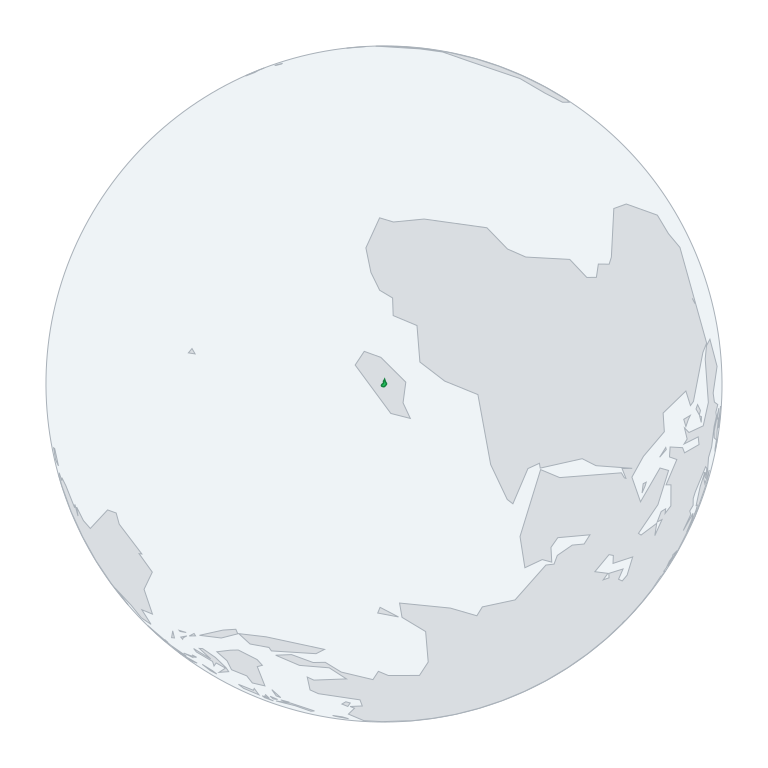 Itasy highlighted on a globe, orthographic projection, rotated 125°
{"feature_id": "MDG-5875", "entity_name": "Itasy", "entity_type": "Autonomous Province", "adm_level": 1, "iso_a3": "MDG", "parent_name": "Madagascar", "parent_adm1": "", "projection": "orthographic", "projection_center": [46.916, -19.074], "detail": "fine", "context": "on_globe", "style": "filled", "palette": "green", "viewbox_px": 768, "rotation_deg": 125, "n_neighbors": 0, "source": "natural_earth", "source_scale": "10m", "svg_char_len": 6356}
<svg xmlns="http://www.w3.org/2000/svg" viewBox="0 0 768 768"><g transform="rotate(125 384 384)"><circle cx="384" cy="384" r="338" fill="#eef3f6" stroke="#a8b0b8"/><path d="M46.3,397.4L47.0,394.0L50.8,399.4L53.4,418.8L55.8,447.9L70.8,499.5L78.4,526.4L89.0,547.0L110.0,581.4L112.0,584.6L97.9,563.8L85.3,542.0L74.4,519.3L65.1,495.9L57.7,471.9L52.1,447.4L48.3,422.5L46.3,397.4ZM118.2,592.6L121.5,596.7L130.4,607.3L118.2,592.6ZM193.9,663.4L197.0,665.4L198.8,666.7L200.1,667.5L193.9,663.4ZM206.3,671.4L207.8,672.3L206.3,671.4ZM209.1,673.1L199.0,666.7L202.9,668.5L211.1,674.0L210.4,673.9L209.1,673.1ZM185.6,656.4L179.5,651.0L180.7,651.5L185.2,655.4L185.6,656.4ZM354.6,47.4L370.8,46.9L363.6,47.8L352.2,48.3L358.4,49.4L360.0,48.5L365.5,48.6L372.7,47.3L376.9,47.4L376.5,46.4L382.5,46.5L382.7,47.0L398.4,46.6L412.2,47.5L413.7,47.5L411.4,47.2L430.4,49.4L430.7,49.4L424.6,48.5L423.8,48.4L438.3,50.5L440.0,50.8L440.0,51.1L442.8,51.6L444.3,51.5L441.2,51.0L465.1,55.9L488.5,62.6L511.4,71.0L533.7,81.0L555.1,92.6L575.7,105.7L595.3,120.3L613.8,136.2L631.0,153.4L631.8,154.5L639.1,162.7L642.6,166.5L644.4,168.7L647.9,173.6L661.7,191.9L671.3,207.4L674.8,223.8L666.5,222.2L667.6,226.8L660.2,217.1L656.5,222.5L675.3,260.1L677.0,269.1L668.1,278.8L666.8,271.6L647.1,245.6L647.9,266.1L663.0,291.9L668.3,317.2L658.7,304.5L652.8,282.3L645.7,272.5L644.5,253.8L632.5,223.5L622.6,223.8L620.3,213.2L602.4,187.8L586.4,188.3L562.9,207.9L564.8,235.4L554.5,245.6L529.5,201.1L520.6,175.0L510.2,175.6L485.7,152.8L439.4,147.5L434.0,141.4L425.0,143.7L408.0,137.4L400.3,128.3L389.4,128.8L410.2,153.5L422.1,153.5L433.7,144.4L437.1,153.7L453.7,163.2L430.9,185.1L364.3,206.6L359.9,186.4L320.6,138.6L323.0,133.3L322.9,132.7L322.5,131.7L316.7,140.5L310.7,132.3L329.3,163.5L331.5,178.8L363.3,207.8L359.8,211.2L370.7,217.6L408.2,209.7L407.9,216.8L388.8,250.4L338.8,301.0L346.8,335.9L345.4,367.2L317.2,390.5L322.7,415.7L308.6,426.3L309.7,441.3L300.1,458.7L282.9,476.9L250.4,482.9L245.9,469.2L225.9,445.8L197.0,389.3L202.6,360.3L198.7,340.7L175.4,303.3L180.4,279.0L174.8,271.2L162.8,277.2L156.7,268.3L149.7,270.5L108.4,296.4L97.6,288.8L88.9,256.9L97.7,237.2L102.4,219.9L165.4,143.2L175.2,140.9L220.8,120.5L225.9,120.6L216.6,132.7L247.7,138.7L262.3,127.0L294.4,130.0L318.1,127.5L333.4,106.3L294.5,109.7L291.6,101.3L325.8,90.4L360.4,89.9L360.3,86.8L341.7,80.7L352.9,75.2L335.6,78.5L340.2,81.1L329.5,83.8L324.7,81.7L328.8,79.5L319.3,79.1L302.0,91.1L304.8,95.1L277.9,100.8L280.0,108.3L271.5,113.5L264.9,102.9L268.0,98.3L252.9,91.2L247.1,96.3L261.0,103.8L255.2,104.1L247.6,112.7L248.8,106.4L235.2,98.5L213.1,107.7L179.3,135.2L167.6,141.8L160.4,142.7L178.5,121.3L202.6,109.2L209.3,103.0L209.4,98.8L216.7,96.0L219.7,93.2L229.3,89.3L247.7,79.5L258.1,76.0L270.1,68.8L277.1,66.5L268.0,71.1L267.3,73.1L294.0,67.1L300.5,65.0L306.1,61.2L312.7,60.7L314.8,57.9L332.4,54.8L312.6,56.7L318.7,54.0L331.8,51.1L330.3,50.9L308.8,55.9L303.5,57.8L304.5,58.6L286.8,66.1L276.7,69.2L281.7,63.9L267.9,68.2L277.9,63.5L313.9,53.4L354.6,47.4ZM139.8,175.3L137.1,180.4L137.1,180.5L139.8,175.3ZM394.7,101.8L416.8,103.6L410.7,92.0L418.7,92.1L413.7,88.5L410.2,91.2L398.4,82.1L409.4,79.9L408.7,75.9L401.2,75.2L383.0,81.1L399.6,93.5L392.9,97.8L394.7,101.8ZM226.7,85.3L228.4,84.9L222.3,88.5L209.0,95.7L217.7,90.2L226.7,85.3ZM232.1,83.8L240.8,78.1L249.4,74.3L243.1,77.2L247.9,75.3L239.1,79.6L238.7,82.7L233.4,86.4L211.8,95.9L221.8,90.4L219.6,90.7L232.1,83.8ZM234.0,115.1L238.4,114.4L245.7,112.3L241.0,118.2L234.0,115.1ZM224.2,109.6L228.5,107.9L225.5,114.1L221.0,115.3L224.2,109.6ZM233.5,102.1L229.0,107.3L228.7,105.2L233.5,102.1ZM272.3,69.7L277.2,68.2L276.6,68.9L272.8,70.8L272.3,69.7ZM325.3,110.1L317.0,114.5L314.0,112.9L317.5,111.7L325.3,110.1ZM275.8,115.2L285.9,116.2L274.4,116.8L275.8,115.2ZM467.7,556.0L470.7,562.1L465.1,561.6L467.7,556.0ZM404.2,361.5L385.0,418.5L368.6,418.9L364.0,401.8L370.0,367.2L388.5,357.6L397.1,342.7L404.2,361.5ZM701.0,403.5L703.7,409.1L703.3,410.5L701.0,403.5ZM698.4,393.9L702.1,399.0L697.3,396.5L698.4,393.9ZM703.4,401.0L707.0,402.9L708.6,402.5L707.9,405.3L703.4,401.0ZM695.7,391.0L677.9,374.7L669.9,364.7L672.5,360.5L685.4,371.6L695.7,391.0ZM671.8,359.8L658.7,335.5L635.5,280.5L643.9,285.0L667.2,323.1L665.8,327.1L673.8,344.6L671.8,359.8ZM700.7,353.9L699.2,367.3L690.1,357.1L685.5,350.8L682.5,329.9L684.2,322.3L688.2,325.7L699.6,308.4L704.4,320.4L701.8,329.0L705.5,345.0L700.7,353.9ZM566.5,238.5L575.2,257.8L569.2,259.1L566.5,238.5ZM701.3,293.4L698.7,300.6L700.1,288.7L701.3,293.4ZM700.4,280.7L702.0,287.4L698.9,279.0L700.4,280.7ZM670.3,234.9L666.2,233.0L664.7,228.7L668.9,228.7L670.3,234.9ZM678.5,221.0L683.9,232.7L685.0,236.0L680.5,227.1L678.5,221.0ZM625.8,616.7L637.8,603.7L634.5,609.5L625.8,618.0L625.8,616.7ZM652.2,589.5L645.4,597.9L643.0,599.2L648.0,592.5L645.5,594.2L649.7,586.4L662.8,566.4L659.9,568.2L667.7,558.9L661.1,565.2L668.3,551.9L670.8,541.7L645.7,538.2L643.3,529.4L650.7,520.5L662.1,484.9L663.5,487.3L671.0,465.9L689.8,462.8L705.3,441.7L707.8,452.9L714.5,437.0L714.7,448.8L710.3,464.0L705.4,487.2L711.6,466.9L703.8,493.2L693.9,518.7L681.9,543.4L668.0,567.1L652.2,589.5ZM707.4,415.5L712.2,410.0L713.6,412.5L707.4,415.5ZM717.4,439.1L718.3,432.0L719.0,428.0L720.4,416.0L720.3,399.4L720.3,390.2L721.1,390.1L719.8,376.9L721.4,382.7L721.2,400.0L721.8,394.5L721.7,394.7L717.4,439.1ZM719.6,412.8L719.7,414.4L719.1,417.2L719.6,412.8ZM716.4,382.4L716.0,385.9L715.3,380.8L716.4,382.4ZM717.5,383.0L719.3,393.8L717.2,385.6L717.5,383.0ZM707.6,350.9L708.8,361.5L712.5,361.5L709.6,365.3L711.1,383.9L709.9,388.2L708.6,368.3L706.5,383.6L704.8,380.8L704.7,365.3L707.0,350.7L708.7,346.2L714.8,353.7L707.6,350.9ZM717.9,372.1L717.2,360.1L717.5,354.6L718.4,361.9L717.9,372.1ZM713.5,331.0L709.8,315.3L707.8,315.7L710.3,308.2L713.8,324.3L713.5,331.0ZM708.1,302.7L706.4,302.8L707.2,297.7L708.1,302.7ZM705.1,298.2L703.4,290.2L705.5,294.1L705.1,298.2ZM709.2,305.0L707.0,292.8L709.4,301.9L709.2,305.0ZM698.5,272.3L705.6,290.7L698.9,277.4L691.7,253.4L694.0,256.2L698.5,272.3Z" fill="#d9dde1" stroke="#a8b0b8" stroke-width="1"/><path d="M385.2,382.0L385.5,382.1L385.8,382.2L386.0,382.3L386.3,382.5L386.8,383.5L387.1,384.5L386.9,385.1L386.4,385.4L385.6,385.4L384.8,385.3L384.6,385.0L384.0,384.9L383.3,385.1L382.6,385.5L382.1,386.0L381.7,386.1L381.1,386.0L379.8,386.2L380.4,385.4L381.2,384.3L381.7,383.4L382.0,382.4L382.6,381.9L383.1,381.8L384.1,381.9L385.2,382.0Z" fill="#22c55e" stroke="#15803d" stroke-width="1.5"/></g></svg>